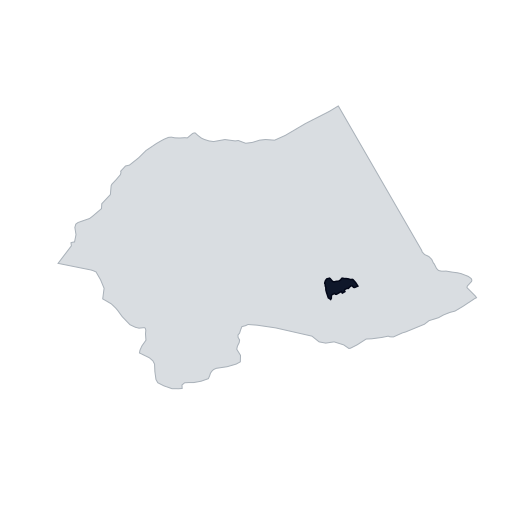 Kyegegwa on a map of Uganda (Robinson projection), rotated 240°
{"feature_id": "UGA-5611", "entity_name": "Kyegegwa", "entity_type": "District", "adm_level": 1, "iso_a3": "UGA", "parent_name": "Uganda", "parent_adm1": "", "projection": "robinson", "projection_center": [31.032, 0.442], "detail": "fine", "context": "in_parent", "style": "filled", "palette": "ink", "viewbox_px": 512, "rotation_deg": 240, "n_neighbors": 0, "source": "natural_earth", "source_scale": "10m", "svg_char_len": 3003}
<svg xmlns="http://www.w3.org/2000/svg" viewBox="0 0 512 512"><g transform="rotate(240 256 256)"><path d="M344.8,402.3L338.9,402.3L329.2,402.3L319.5,402.3L309.9,402.3L300.2,402.3L290.6,402.3L280.9,402.3L271.2,402.3L261.6,402.3L251.9,402.3L242.2,402.3L232.6,402.3L222.9,402.3L213.2,402.3L203.6,402.3L193.9,402.3L184.2,402.3L178.5,402.3L177.4,402.2L176.6,401.9L173.0,402.7L169.2,405.4L165.2,406.5L160.9,406.1L160.3,406.4L158.2,406.3L155.0,406.1L152.2,406.8L150.0,409.2L147.8,413.2L143.9,417.9L140.8,422.0L138.1,424.9L132.1,429.7L128.8,431.1L127.2,430.9L126.2,430.0L124.3,423.9L123.1,422.9L111.4,426.0L109.6,426.1L109.8,424.2L108.9,409.7L108.8,400.8L110.3,395.3L111.2,388.9L111.3,383.2L113.5,373.6L112.7,367.8L115.4,347.6L116.2,344.4L117.2,334.6L119.0,331.6L120.5,330.4L122.5,324.4L126.4,314.9L129.0,309.9L128.5,299.2L128.9,291.8L129.5,290.2L135.2,287.5L142.6,280.7L145.7,272.8L150.1,267.7L158.6,264.4L183.9,237.1L195.6,222.3L200.7,214.8L200.9,212.1L201.9,208.5L199.8,205.8L197.4,203.2L196.6,200.9L194.5,199.8L191.4,199.8L189.4,198.1L187.2,194.8L184.9,192.7L177.7,192.9L172.2,189.5L172.3,184.9L174.5,175.8L178.6,165.4L178.9,162.5L178.3,160.1L177.3,158.0L175.4,155.9L173.6,153.4L175.0,145.9L177.6,138.6L179.8,134.9L181.9,130.8L181.3,127.4L178.2,125.8L179.8,122.5L183.1,116.9L189.6,111.3L195.3,107.6L199.0,107.6L206.4,110.6L213.1,114.1L216.7,114.3L221.1,112.8L230.3,106.6L232.5,108.5L235.2,112.3L238.1,118.6L243.9,121.4L246.7,123.4L248.7,124.0L249.8,123.5L252.0,118.6L254.6,115.9L259.5,112.5L270.4,109.8L278.1,109.0L281.3,108.4L286.8,106.8L295.5,101.8L304.0,108.3L313.2,109.5L322.2,109.5L324.9,107.5L326.5,106.0L335.9,95.3L348.6,80.9L357.1,101.2L360.0,102.4L359.6,104.2L358.9,105.9L364.5,110.8L371.3,113.4L373.7,115.9L374.0,118.7L371.7,130.6L372.1,134.0L374.3,145.9L378.4,148.6L382.0,160.6L389.3,165.7L390.3,167.2L392.0,173.0L394.3,179.4L396.0,180.9L397.1,181.2L399.2,188.0L398.0,191.8L399.7,203.4L402.4,213.7L403.2,226.0L403.2,231.5L403.1,234.8L402.5,239.5L401.2,242.2L398.9,244.8L396.3,249.0L394.1,253.4L392.6,255.6L393.8,262.3L393.5,264.0L392.9,264.9L389.6,265.9L385.3,267.7L382.8,269.5L379.2,272.8L376.3,276.5L372.4,287.3L366.0,295.6L364.9,298.4L358.8,303.4L356.2,309.6L354.5,317.1L352.1,322.5L347.0,330.0L345.8,341.7L346.0,365.1L344.6,391.8L344.8,402.3Z" fill="#d9dde1" stroke="#a8b0b8" stroke-width="1"/><path d="M187.5,327.9L187.0,328.2L183.2,329.0L179.0,329.2L179.4,325.7L180.1,324.8L182.1,324.4L182.6,323.2L182.3,321.4L181.7,319.8L182.5,318.5L182.6,316.1L182.0,315.3L180.7,315.2L180.7,312.2L182.6,312.1L182.6,306.5L183.2,305.6L184.4,305.4L184.4,301.7L183.5,301.2L181.7,300.1L181.0,298.9L182.1,298.5L183.6,297.7L186.5,298.3L189.0,298.8L191.6,299.5L194.0,300.8L195.5,301.0L196.7,301.8L197.7,301.7L198.6,302.3L200.0,303.9L200.8,305.8L200.6,306.7L200.2,307.6L200.2,308.4L199.5,308.9L195.7,309.6L194.5,310.8L194.0,312.8L192.9,314.9L193.0,317.3L193.5,318.4L193.8,319.4L193.3,320.2L192.5,320.9L191.4,322.8L190.0,324.6L188.4,326.0L187.5,327.9Z" fill="#0f172a" stroke="#020617" stroke-width="1.5"/></g></svg>